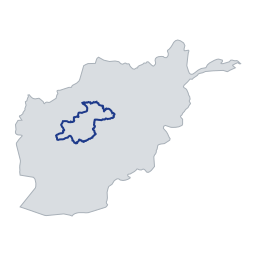 Ghor highlighted on a map of Afghanistan
{"feature_id": "AFG-1747", "entity_name": "Ghor", "entity_type": "Province", "adm_level": 1, "iso_a3": "AFG", "parent_name": "Afghanistan", "parent_adm1": "", "projection": "natural_earth1", "projection_center": [65.091, 34.196], "detail": "fine", "context": "in_parent", "style": "outline", "palette": "blue", "viewbox_px": 256, "rotation_deg": 0, "n_neighbors": 0, "source": "natural_earth", "source_scale": "10m", "svg_char_len": 8259}
<svg xmlns="http://www.w3.org/2000/svg" viewBox="0 0 256 256"><path d="M109.5,61.5L115.1,61.0L118.8,61.7L120.8,63.7L122.7,64.2L124.6,63.2L125.8,63.1L126.3,63.7L127.2,63.9L128.7,63.8L129.5,64.3L129.7,65.5L130.8,67.0L132.7,68.8L134.4,69.2L136.7,67.8L137.4,68.0L137.8,67.5L138.0,66.5L139.4,65.6L141.8,64.7L143.2,63.9L143.7,63.2L144.6,63.0L145.5,63.2L146.1,63.0L146.6,62.1L147.5,61.8L148.3,61.9L151.7,65.2L153.1,66.1L153.7,66.0L155.4,64.2L155.6,62.6L155.1,60.5L155.4,58.8L156.5,57.5L158.5,56.7L161.6,56.4L163.4,56.6L164.1,57.3L165.1,57.6L166.2,57.7L167.3,56.9L168.2,55.4L168.3,53.4L167.4,51.1L167.6,50.3L169.1,49.2L170.7,47.4L172.2,45.1L173.7,42.4L175.5,40.7L177.7,40.0L180.4,40.8L183.6,42.9L184.9,45.6L184.1,48.7L184.1,50.4L184.8,50.8L188.4,50.2L188.8,50.6L188.8,51.5L188.3,52.8L187.8,56.5L186.8,65.7L188.5,71.2L189.5,73.4L190.6,74.1L191.7,74.3L192.8,74.1L194.9,72.7L198.2,70.1L201.3,68.5L205.9,67.7L207.4,64.9L209.5,63.0L214.4,60.3L217.0,59.3L218.6,59.1L222.3,60.1L222.5,60.9L222.3,61.8L221.3,62.6L220.9,63.2L221.4,63.6L222.9,63.7L229.3,61.8L230.7,60.2L232.1,60.1L234.8,60.8L236.9,60.6L238.1,61.3L240.6,63.7L239.8,63.9L238.7,63.4L238.0,62.6L235.5,63.6L232.6,65.2L232.7,65.6L235.3,67.8L230.0,70.2L227.6,71.6L227.0,71.6L223.3,70.4L213.2,70.8L205.5,71.5L202.5,72.8L199.7,73.4L198.3,74.0L197.4,75.3L193.2,78.2L192.4,79.2L190.0,79.1L187.6,81.9L184.1,85.2L183.4,86.8L183.9,87.6L185.9,88.8L186.8,89.9L188.2,93.1L188.8,95.4L189.6,96.4L190.1,99.1L189.3,100.6L189.3,101.4L190.5,103.4L190.2,104.1L189.4,105.0L188.0,107.6L185.5,109.6L184.5,111.3L182.7,113.2L182.0,114.8L181.2,115.6L180.5,116.1L180.7,117.0L181.4,118.0L182.6,119.2L182.6,124.1L182.0,125.4L178.8,126.8L175.7,127.3L172.0,127.4L170.6,127.2L165.3,125.4L163.7,126.3L163.4,128.4L166.4,131.8L167.6,133.8L169.0,137.0L170.1,138.7L169.7,140.2L164.4,143.6L161.0,144.0L158.8,144.6L157.8,145.4L157.1,149.1L156.3,150.4L156.3,152.0L155.6,153.8L154.6,154.9L153.8,156.8L154.5,166.5L151.4,170.3L149.7,171.7L148.1,172.4L146.7,172.1L144.9,169.9L143.7,169.1L142.5,169.3L141.3,170.0L139.3,169.8L137.6,169.0L136.8,169.1L136.3,169.9L134.5,171.5L130.1,174.0L128.3,174.2L127.6,174.9L127.9,175.9L128.7,176.7L130.1,177.3L130.1,178.0L127.9,179.3L125.6,180.1L123.0,180.5L120.2,180.0L118.8,178.9L117.2,178.8L115.7,179.6L114.1,180.9L112.0,184.3L108.8,186.4L108.0,188.5L107.1,192.3L107.4,197.9L107.0,200.4L106.3,202.0L106.5,203.3L107.6,204.8L107.1,205.7L106.2,206.8L105.4,207.3L88.1,212.7L85.3,212.8L83.8,212.6L78.9,212.6L76.9,213.0L74.8,213.7L73.3,214.6L72.1,216.0L70.1,215.2L63.7,213.9L46.2,215.6L44.5,215.3L20.1,206.9L35.3,188.0L35.8,186.4L35.9,183.3L35.0,179.2L33.5,177.3L20.1,175.1L19.7,171.9L19.9,170.4L19.7,167.6L19.8,165.5L20.4,162.0L20.4,160.4L16.4,144.7L16.4,143.1L18.9,139.5L22.1,136.0L22.0,135.4L20.4,135.0L18.0,134.9L16.7,134.4L15.7,133.4L15.4,132.0L16.0,129.5L15.5,124.6L18.0,120.4L21.9,120.2L19.9,117.2L19.5,116.9L19.4,116.3L19.6,115.8L20.6,115.6L22.9,113.7L23.0,112.6L25.0,109.8L24.9,108.5L26.1,105.2L25.5,102.9L25.4,101.7L26.8,100.9L27.7,97.8L28.3,97.0L28.3,96.3L28.0,95.0L29.3,94.8L30.5,96.4L32.4,98.1L33.6,98.6L35.2,98.9L38.6,98.3L39.3,98.4L42.9,101.4L43.5,102.1L43.8,103.3L44.3,103.7L45.6,102.5L46.8,102.1L49.1,102.5L50.3,102.0L56.1,98.3L56.6,96.0L57.1,94.6L57.9,93.8L57.0,91.1L57.3,90.6L58.1,90.3L60.0,90.3L68.8,87.4L71.1,87.4L71.6,87.1L71.8,86.3L72.4,85.4L76.6,83.2L79.0,81.0L79.8,79.3L83.7,65.7L85.9,64.5L88.0,63.6L95.3,63.4L96.6,59.2L97.2,58.2L98.5,57.2L103.9,60.2L109.5,61.5Z" fill="#d9dde1" stroke="#a8b0b8" stroke-width="1"/><path d="M108.0,108.7L108.7,108.8L109.2,109.0L110.5,110.0L110.8,110.5L111.4,111.0L111.5,111.6L111.6,111.8L111.8,112.1L112.3,112.5L112.5,112.6L112.3,112.9L112.3,113.1L112.6,113.0L112.9,113.2L113.0,113.2L113.3,113.1L114.0,113.5L114.4,113.9L114.4,114.0L114.5,114.3L114.5,114.5L114.4,114.6L114.1,115.1L113.6,115.5L113.5,116.1L113.6,116.4L113.7,116.5L113.9,116.7L113.9,116.9L113.0,117.8L112.7,117.9L112.6,118.0L112.1,117.8L111.1,118.1L110.0,118.8L109.6,118.7L107.7,119.0L107.4,119.1L107.0,118.8L106.7,118.7L105.9,118.5L105.7,118.5L105.4,118.9L105.1,119.3L104.8,119.4L104.6,119.5L104.2,119.4L103.6,119.5L103.2,119.4L102.5,119.4L102.1,119.9L101.7,120.1L101.3,120.2L100.3,120.0L98.2,119.8L97.0,119.6L96.4,119.6L95.0,119.6L94.8,119.7L94.6,120.3L94.6,120.6L94.7,120.8L94.4,121.5L94.2,122.3L94.2,122.6L94.4,122.7L94.4,122.8L94.2,123.3L94.2,123.8L94.0,124.4L94.0,124.9L94.0,125.0L94.3,125.6L94.7,125.7L94.8,125.9L94.9,126.5L94.8,126.9L94.7,127.1L94.2,127.6L94.1,128.0L93.6,128.3L93.0,128.6L92.9,128.8L92.9,129.0L93.0,129.3L93.0,129.5L93.5,129.9L93.6,130.1L93.7,130.3L93.8,130.4L94.1,130.5L94.3,130.8L94.4,131.0L94.6,132.7L94.8,133.0L95.1,133.1L95.3,133.3L95.5,133.6L95.6,133.8L95.7,134.0L95.3,134.5L94.7,134.8L94.2,135.2L93.7,135.8L93.2,136.3L93.0,136.5L92.7,136.5L92.3,137.0L92.4,137.6L91.8,137.9L91.5,138.0L91.1,138.1L90.7,138.3L90.1,138.8L89.5,138.7L89.1,138.8L88.4,139.2L88.2,139.5L87.9,139.8L86.5,140.4L86.4,140.5L86.0,140.8L85.8,141.0L85.7,141.0L85.3,141.0L85.1,140.8L84.9,140.9L84.6,141.1L84.0,141.7L83.7,141.9L83.4,141.8L83.3,141.7L83.2,141.2L82.2,141.4L81.8,141.0L81.6,140.8L81.6,140.6L81.5,140.4L81.2,140.3L80.7,140.3L80.4,140.3L80.1,140.1L79.9,140.0L79.8,139.7L79.7,139.6L79.2,139.6L79.0,139.8L78.7,140.8L78.4,141.2L78.3,141.4L77.9,141.7L77.6,141.9L77.4,142.0L76.9,142.1L76.7,142.3L76.8,142.4L77.1,142.9L77.1,143.1L76.9,143.2L76.4,143.2L76.0,143.4L75.9,143.4L75.3,143.0L74.9,142.7L74.7,142.6L74.4,142.7L74.2,142.4L73.7,141.5L73.6,141.3L73.3,141.1L73.2,140.8L73.2,140.7L72.9,140.6L72.5,140.5L72.5,140.4L72.4,140.3L72.5,139.9L72.4,139.5L72.4,139.2L71.9,137.9L71.0,136.4L70.7,136.1L70.1,135.8L69.8,135.8L69.0,136.2L68.5,136.6L68.2,137.0L67.9,137.4L67.8,137.6L67.5,137.7L66.4,137.8L65.8,138.0L65.3,138.2L64.9,138.4L64.3,138.9L63.7,139.1L62.9,139.3L59.7,139.4L58.5,139.8L58.3,139.9L57.7,139.8L57.2,139.6L57.1,139.3L57.0,138.5L57.0,138.2L57.0,137.8L56.9,137.6L56.5,137.1L56.4,136.9L56.4,136.7L56.5,136.3L56.4,136.2L56.2,135.8L56.1,135.6L56.4,135.2L57.0,134.7L57.7,134.5L58.0,134.4L58.4,134.1L58.6,133.9L58.8,133.8L60.6,133.3L62.1,133.2L62.6,133.0L62.9,132.7L63.2,132.2L63.1,131.9L62.9,131.2L63.0,130.9L63.2,130.7L63.7,130.7L64.0,130.5L64.1,130.4L64.2,130.2L64.1,129.8L63.6,129.3L63.5,129.2L63.3,128.4L63.2,128.1L63.0,127.8L62.7,127.4L62.1,126.9L62.0,126.7L61.9,126.3L61.8,126.1L61.2,125.0L61.2,124.8L61.2,124.6L62.2,123.1L62.6,122.3L62.9,121.2L65.4,121.1L66.8,121.2L67.5,121.4L68.0,121.8L68.2,122.0L68.5,122.1L70.5,122.2L70.8,121.8L70.9,121.6L71.8,122.1L72.2,122.0L72.7,122.0L73.0,121.8L73.2,121.6L73.4,121.4L73.6,121.4L73.8,121.4L74.0,121.1L74.1,120.8L74.2,120.6L74.1,120.4L73.8,119.9L73.9,119.5L73.9,119.3L73.9,118.8L73.9,118.4L73.9,117.6L73.9,117.4L74.0,117.3L74.1,117.2L74.4,117.1L75.2,117.2L75.6,117.1L76.0,116.8L76.5,116.7L77.2,116.3L77.4,116.4L77.6,116.7L77.7,116.9L78.3,117.0L78.4,116.9L78.5,116.7L78.4,116.4L78.2,115.8L78.1,115.5L78.1,115.0L78.4,113.4L78.5,113.1L78.7,112.8L78.9,112.7L79.2,112.6L81.1,112.7L81.5,112.9L82.0,112.9L83.2,112.3L86.1,111.5L86.5,111.3L86.6,111.2L86.8,111.1L87.0,110.6L87.2,109.9L87.1,109.2L87.3,108.2L87.2,107.7L86.9,107.3L86.8,107.1L86.7,106.9L86.7,106.7L86.4,106.2L85.4,105.5L85.3,105.4L84.9,104.8L84.5,104.4L84.4,104.3L84.2,104.2L83.8,104.3L83.7,104.2L82.9,103.8L82.7,103.5L82.4,102.9L83.6,102.4L84.3,102.3L84.6,102.4L84.9,102.8L85.1,102.8L85.3,102.8L86.5,102.4L86.8,102.4L86.8,102.6L87.5,102.6L88.3,102.1L88.5,102.0L88.8,102.1L89.2,102.3L89.5,102.5L90.0,102.6L90.3,102.3L90.6,102.5L90.7,102.8L90.7,103.0L90.8,103.4L91.2,103.2L91.3,103.2L91.6,103.3L91.8,103.3L92.6,103.0L93.2,102.4L93.7,102.1L93.8,102.3L94.0,102.4L94.9,102.4L95.6,102.3L95.7,102.2L95.8,102.0L96.0,102.0L96.5,101.8L96.6,102.1L96.7,102.3L97.1,102.5L97.3,102.9L97.4,103.0L97.6,103.1L98.0,103.3L98.3,103.2L98.4,103.3L98.5,103.4L98.4,103.7L98.5,104.1L98.8,104.6L99.0,104.8L99.2,105.0L100.9,105.5L101.3,105.6L102.1,105.7L102.3,105.7L102.5,105.7L102.9,105.8L103.0,106.0L103.1,106.7L103.0,106.9L102.7,107.1L102.8,107.3L103.1,107.6L102.9,107.9L102.9,108.1L103.2,108.1L103.3,108.3L103.6,108.7L104.0,110.3L103.9,110.8L103.9,111.1L104.0,111.2L104.6,110.4L105.0,110.3L105.1,110.2L105.1,109.8L105.5,109.8L105.6,109.7L105.7,109.4L106.0,109.3L106.1,109.2L106.0,108.8L106.0,108.7L106.3,108.5L106.8,108.8L107.0,108.9L107.4,108.9L107.6,108.9L108.0,108.7Z" fill="none" stroke="#1e3a8a" stroke-width="2"/></svg>